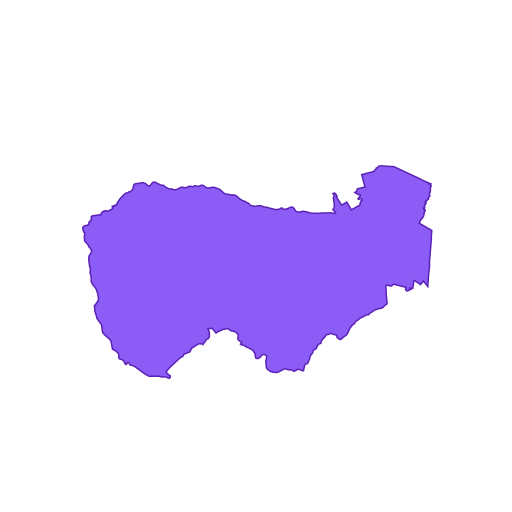 Margina, Timis, Romania (Mercator projection), rotated 219°
{"feature_id": "2599482B95910170912575", "entity_name": "Margina", "entity_type": "district", "adm_level": 2, "iso_a3": "ROU", "parent_name": "Romania", "parent_adm1": "Timis", "projection": "mercator", "projection_center": [22.319, 45.898], "detail": "fine", "context": "isolated", "style": "filled", "palette": "violet", "viewbox_px": 512, "rotation_deg": 219, "n_neighbors": 0, "source": "geoboundaries", "source_scale": "gbopen_adm2", "svg_char_len": 6112}
<svg xmlns="http://www.w3.org/2000/svg" viewBox="0 0 512 512"><g transform="rotate(219 256 256)"><path d="M331.6,283.1L333.5,281.6L335.1,279.5L336.6,278.3L337.6,277.9L340.8,277.7L342.7,277.1L344.5,273.8L347.5,272.3L348.9,270.0L350.7,269.1L352.1,267.7L353.1,265.4L353.6,264.8L357.4,262.5L359.3,258.0L360.3,256.7L361.2,255.9L363.7,255.1L365.4,253.7L366.6,253.2L369.1,252.7L372.7,252.6L374.3,251.3L381.2,249.7L382.4,248.6L382.6,246.9L382.6,244.5L383.0,243.3L383.3,242.9L384.0,242.6L387.3,242.8L390.3,241.7L392.7,238.8L394.8,236.7L395.7,235.4L395.7,234.6L394.9,232.5L394.2,231.6L393.7,228.4L394.3,226.6L395.1,226.0L395.4,224.4L396.6,223.2L397.1,221.6L397.7,215.2L397.3,210.4L396.6,208.0L396.9,207.5L397.5,207.0L397.3,206.5L397.8,205.8L397.4,205.7L397.5,205.5L399.0,204.2L398.5,203.7L397.9,204.2L397.7,203.1L397.3,202.6L397.5,201.5L398.4,199.9L399.0,198.2L399.9,197.3L401.5,196.5L402.5,195.2L403.1,193.5L403.2,192.2L402.4,190.1L403.9,189.2L407.5,185.2L408.2,184.7L408.7,183.4L408.7,182.8L408.6,182.5L407.8,182.0L407.2,180.7L406.5,179.8L406.4,179.4L407.1,178.4L407.2,177.8L407.1,177.3L406.2,176.1L406.0,175.2L406.4,173.7L407.8,172.2L408.6,170.9L408.5,169.1L406.7,167.3L404.9,166.2L403.9,166.2L403.4,165.8L401.2,162.6L398.7,159.9L397.1,159.5L394.1,159.2L391.7,158.0L389.3,157.6L386.9,156.5L386.4,155.7L385.7,150.7L383.5,147.7L378.3,142.8L376.2,141.5L374.6,138.7L370.6,135.7L368.0,132.4L364.8,131.0L360.9,130.2L359.2,129.6L354.5,126.5L353.4,125.5L351.5,123.5L350.7,122.5L350.4,120.8L350.4,118.9L350.0,117.2L350.5,115.8L347.7,113.2L346.9,112.0L343.8,109.9L342.8,109.4L340.6,107.5L332.7,105.3L329.0,101.7L326.9,100.0L324.0,99.5L317.3,99.2L315.1,98.6L308.9,93.3L305.7,93.9L302.4,93.8L300.4,92.9L299.0,90.8L297.3,90.1L294.7,91.2L292.3,91.1L290.2,89.9L288.7,89.8L288.5,90.8L288.9,92.3L288.3,92.9L287.2,92.9L286.1,92.2L285.1,92.1L283.3,93.1L280.5,93.8L268.2,94.4L263.5,95.2L256.1,101.2L252.1,103.4L249.9,105.5L247.5,105.8L246.5,106.4L246.2,107.7L247.2,108.9L251.2,108.7L252.7,109.2L253.0,111.9L252.8,115.9L250.9,128.9L249.7,132.0L250.1,134.4L247.1,139.9L247.9,143.6L247.7,144.6L245.8,150.4L244.6,152.6L243.6,152.9L242.7,153.8L241.5,153.7L241.8,155.1L241.5,156.9L242.0,158.4L241.8,160.3L241.0,162.1L241.6,164.2L243.6,166.6L245.6,168.2L247.7,169.3L245.6,171.1L244.8,172.2L242.0,171.8L238.7,170.9L238.4,171.3L238.4,172.1L235.9,177.2L235.2,178.5L233.2,180.7L232.9,181.4L232.0,181.9L229.8,181.9L228.2,182.2L224.4,184.1L221.5,183.9L220.3,183.4L219.3,182.3L218.3,180.5L217.6,179.9L216.3,179.6L212.5,179.8L212.6,177.7L211.5,177.7L209.2,179.0L206.9,179.1L203.4,180.1L199.1,180.7L195.5,179.6L194.2,178.3L192.0,176.6L191.2,176.7L190.2,177.3L189.7,178.0L189.0,180.0L189.0,182.5L188.8,183.7L187.1,184.9L184.8,185.0L184.1,184.2L182.3,180.6L178.2,176.2L176.4,175.2L172.2,175.3L169.0,176.7L166.3,178.8L165.6,180.0L162.7,186.5L158.9,188.2L156.3,190.1L154.0,190.2L153.0,191.8L152.2,194.5L149.4,195.6L147.8,196.5L147.4,196.6L147.4,196.1L147.2,196.2L147.0,197.2L148.1,198.8L148.4,199.9L149.7,202.1L149.4,203.2L148.3,204.8L149.6,210.0L150.8,211.5L151.1,216.8L151.8,217.9L152.0,218.6L151.8,219.9L151.1,221.1L151.0,221.8L151.6,224.3L151.8,226.2L151.6,227.3L150.9,228.6L150.7,229.3L151.7,230.8L151.8,233.7L151.5,236.6L151.9,238.8L150.2,240.9L149.3,243.0L147.7,243.4L143.7,245.1L141.9,243.9L140.6,243.6L138.1,244.0L137.7,244.6L137.3,245.9L137.1,247.7L136.1,251.1L136.0,252.2L136.2,253.8L137.5,258.8L137.6,260.0L137.5,264.0L136.8,265.5L137.2,266.2L137.3,267.6L136.3,271.3L136.1,272.9L134.2,276.9L133.3,279.5L131.6,281.1L131.5,283.3L130.4,286.0L130.1,287.7L129.4,289.3L127.4,292.4L125.8,294.1L125.1,295.5L124.8,296.4L124.9,298.1L124.1,301.2L124.2,301.6L129.2,306.6L135.4,313.5L136.2,314.6L136.5,316.2L136.2,315.7L132.0,317.6L131.3,320.7L119.6,326.1L118.8,324.1L118.5,323.9L116.5,323.9L115.3,326.0L114.6,327.8L115.1,328.0L115.8,327.2L116.2,327.4L116.4,327.8L116.1,328.2L113.8,329.5L117.8,336.3L117.6,336.7L110.1,337.3L110.3,341.9L103.3,340.4L110.6,350.8L113.7,355.7L116.0,358.9L117.5,360.6L130.8,380.1L132.1,381.6L135.5,386.5L149.8,384.2L150.9,388.7L150.4,389.4L151.0,392.9L152.2,394.6L152.5,395.9L153.1,396.5L153.0,397.3L153.3,398.1L153.5,398.2L153.9,397.8L154.3,398.1L154.7,398.0L155.7,398.4L155.1,398.7L155.1,399.0L155.7,399.2L155.5,400.0L156.6,400.7L156.6,401.5L157.0,402.1L156.8,402.6L157.7,403.6L157.0,403.6L157.0,403.9L157.8,404.0L157.7,404.4L158.2,404.6L158.1,405.3L158.6,405.3L158.7,406.1L158.3,406.4L157.9,408.5L158.3,408.6L158.4,409.0L158.1,409.1L158.5,409.4L158.8,410.4L158.5,411.3L158.9,412.4L159.7,412.7L160.6,413.8L160.8,415.1L161.4,416.2L163.8,419.3L163.9,419.6L163.7,419.8L164.5,420.5L164.2,420.8L165.3,421.2L165.3,422.0L165.5,422.2L166.1,421.7L166.1,421.3L166.4,421.1L166.6,421.3L167.0,421.0L167.1,421.6L174.2,419.7L177.3,419.1L204.3,412.4L205.7,411.8L209.9,408.7L215.2,405.1L217.0,403.1L217.2,402.5L217.1,401.3L217.4,400.7L217.9,400.2L217.5,399.5L217.8,395.6L225.1,385.8L214.7,378.2L219.5,372.0L218.5,369.5L219.2,367.5L214.8,368.2L214.2,369.0L213.5,369.1L213.0,368.7L212.9,368.2L212.8,366.9L212.8,364.8L212.4,364.5L211.8,364.6L211.5,364.9L211.3,366.0L211.0,366.3L209.6,366.6L209.0,366.4L208.8,366.0L209.1,364.9L208.8,364.4L208.5,363.2L208.3,362.8L208.1,362.0L207.1,360.8L208.0,359.5L210.9,351.9L219.4,355.0L221.5,349.4L230.0,352.3L230.7,353.5L233.2,354.4L234.7,354.3L235.5,353.0L234.1,352.8L233.2,351.9L232.9,351.9L232.8,350.7L232.1,349.4L227.7,345.6L227.4,344.9L226.0,343.2L225.6,342.9L225.6,341.1L225.4,340.4L224.9,340.2L223.2,340.2L221.1,339.4L221.2,339.2L221.7,339.1L221.8,338.6L225.2,336.4L232.1,330.6L234.2,328.5L240.2,323.9L244.6,322.1L247.6,320.4L249.2,318.3L250.7,316.8L252.3,316.0L253.1,315.9L257.1,317.1L258.7,316.8L259.9,315.5L261.3,312.6L262.2,311.6L262.9,310.3L264.0,309.6L265.9,309.7L266.8,308.9L266.9,308.1L267.2,307.0L268.8,305.7L269.8,304.4L273.9,302.6L275.1,301.9L278.2,300.8L280.6,299.1L282.8,298.6L285.4,296.9L286.7,295.6L287.6,294.2L290.1,292.8L292.6,291.8L293.0,291.8L294.2,292.3L295.3,292.2L296.8,291.7L298.6,291.6L301.3,290.6L305.1,290.1L307.4,290.4L310.1,290.2L312.0,289.3L313.8,287.8L319.2,284.9L320.9,284.6L323.9,284.9L326.3,284.9L331.6,283.1Z" fill="#8b5cf6" stroke="#5b21b6" stroke-width="1.5"/></g></svg>